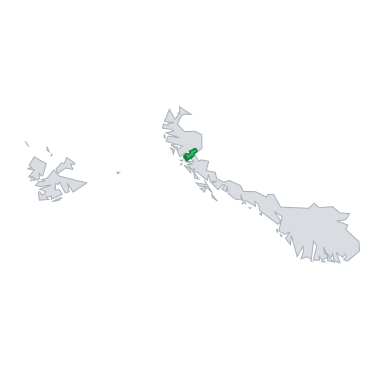 Nordreisa nor, Troms, Norway shown in context, rotated 264°
{"feature_id": "86288312B71509568732439", "entity_name": "Nordreisa nor", "entity_type": "district", "adm_level": 2, "iso_a3": "NOR", "parent_name": "Norway", "parent_adm1": "Troms", "projection": "orthographic", "projection_center": [21.218, 69.528], "detail": "fine", "context": "in_parent", "style": "filled", "palette": "green", "viewbox_px": 384, "rotation_deg": 264, "n_neighbors": 0, "source": "geoboundaries", "source_scale": "gbopen_adm2", "svg_char_len": 6230}
<svg xmlns="http://www.w3.org/2000/svg" viewBox="0 0 384 384"><g transform="rotate(264 192 192)"><path d="M229.7,198.1L221.8,201.9L223.0,204.5L220.8,211.8L211.7,208.5L209.1,217.2L202.7,217.9L198.5,224.6L199.6,230.3L193.2,241.0L187.3,243.0L185.6,255.3L179.2,265.4L181.7,267.4L181.0,272.9L167.7,278.6L163.6,306.2L168.0,312.4L163.1,316.9L162.7,330.3L155.7,336.9L154.0,346.5L148.4,341.8L148.0,333.0L143.0,343.4L138.6,341.1L125.3,352.8L116.0,352.6L107.1,339.7L108.8,335.8L111.9,338.8L114.3,337.4L111.1,335.1L116.5,329.4L106.0,331.8L108.7,326.2L115.9,325.4L112.6,323.8L116.8,319.3L123.8,316.8L117.3,317.7L107.5,325.9L109.6,319.6L113.2,320.0L110.4,314.4L114.9,311.8L110.9,311.6L111.6,305.6L125.6,310.5L130.4,307.7L112.8,303.7L115.5,299.8L114.2,293.4L121.2,296.7L126.4,296.7L116.7,289.8L138.4,286.3L129.3,284.4L136.0,280.2L142.2,285.4L140.1,280.2L144.1,274.3L158.1,279.1L163.9,271.9L153.5,277.5L150.9,274.1L166.3,257.6L172.9,256.7L176.0,253.5L171.0,253.7L177.9,244.5L176.7,242.1L184.5,240.2L178.9,240.5L180.3,234.5L186.4,228.0L194.1,227.6L188.6,226.0L192.0,221.8L195.3,225.5L196.1,223.0L191.4,218.2L198.8,212.6L200.1,217.9L200.0,211.3L207.5,210.2L201.9,208.3L211.1,199.5L212.2,194.8L215.2,197.3L214.0,194.6L219.8,190.1L219.4,195.8L223.1,188.0L221.8,197.1L225.2,194.4L224.6,188.5L231.6,189.7L228.4,183.8L235.1,181.5L238.7,187.3L245.0,171.6L250.2,174.2L247.2,185.0L253.6,172.4L254.6,179.9L256.5,178.2L258.6,169.3L262.7,170.6L260.8,175.3L262.6,175.2L262.9,181.5L265.0,172.0L276.6,178.2L266.1,182.7L271.5,188.0L278.0,188.5L269.2,199.3L270.2,192.3L268.8,189.5L261.0,184.5L252.9,190.9L252.0,201.5L248.1,207.7L234.2,206.4L229.7,198.1ZM214.8,37.0L218.7,40.9L217.9,47.0L220.1,43.9L220.6,49.0L228.2,56.8L221.5,62.1L212.0,88.3L204.3,73.7L214.2,68.8L205.1,69.9L204.3,65.9L215.5,61.2L213.5,59.8L214.6,57.5L208.6,56.1L207.9,60.6L203.1,62.7L199.5,51.5L202.5,51.9L202.1,46.7L199.6,48.8L199.8,39.4L207.9,39.1L208.3,40.6L204.3,42.9L207.6,46.8L210.7,40.8L213.7,52.8L213.3,41.9L214.8,37.0ZM224.0,31.2L230.5,37.5L232.1,31.2L232.9,31.9L232.5,35.4L235.7,32.8L243.4,38.8L235.4,50.0L224.7,45.7L223.5,44.2L226.5,41.9L221.1,41.6L219.9,39.1L221.6,37.6L219.2,35.9L222.9,36.4L222.6,33.3L224.0,34.8L224.0,31.2ZM228.9,59.0L234.6,65.5L233.6,67.8L239.4,71.1L232.9,78.5L231.7,77.9L232.4,74.4L226.8,75.8L229.1,68.9L224.7,60.7L228.9,59.0ZM197.8,207.5L202.3,205.5L189.0,212.2L196.0,206.5L197.0,200.1L200.7,197.0L197.8,207.5ZM205.4,196.0L211.1,195.9L204.1,200.3L205.4,196.0ZM211.2,192.8L219.5,186.9L215.0,193.3L211.2,192.8ZM197.1,51.8L199.6,59.2L200.0,62.3L197.6,58.4L197.1,51.8ZM194.6,200.6L195.0,206.4L190.5,204.5L194.6,200.6ZM238.6,174.8L235.7,179.0L231.6,177.4L236.3,176.5L238.6,174.8ZM239.3,177.8L238.1,182.6L236.3,181.4L239.3,177.8ZM183.7,212.0L188.4,211.2L183.0,214.4L183.7,212.0ZM258.9,32.2L254.0,34.4L259.1,31.8L258.9,32.2ZM248.6,52.2L252.1,52.7L247.0,54.1L248.6,52.2ZM247.6,171.1L250.6,169.8L251.7,170.7L247.6,171.1ZM241.3,176.5L240.7,179.1L239.8,176.9L241.3,176.5ZM224.8,183.8L224.8,186.4L223.6,185.4L224.8,183.8ZM219.6,119.5L219.1,122.0L218.0,119.9L219.6,119.5ZM244.7,56.7L243.0,56.5L242.8,55.5L244.7,56.7ZM163.4,257.1L164.1,259.3L161.4,258.4L163.4,257.1ZM219.5,183.2L221.1,184.2L221.9,185.7L219.5,183.2ZM220.4,32.8L220.9,34.5L220.0,33.8L220.4,32.8ZM145.8,273.1L142.5,272.7L146.1,272.2L145.8,273.1ZM140.5,275.5L138.9,277.0L138.5,276.0L140.5,275.5ZM182.2,214.8L180.4,216.6L182.5,213.5L182.2,214.8ZM109.5,315.0L108.5,317.6L109.1,314.0L109.5,315.0ZM175.4,242.4L174.9,240.6L175.9,240.9L175.4,242.4ZM271.9,185.5L271.8,187.6L271.7,187.3L271.9,185.5ZM176.0,244.1L174.2,244.2L176.4,243.8L176.0,244.1ZM170.3,247.2L170.3,248.8L169.5,248.2L170.3,247.2ZM111.6,303.1L110.3,304.6L110.9,303.3L111.6,303.1Z" fill="#d9dde1" stroke="#a8b0b8" stroke-width="1"/><path d="M233.3,195.0L233.0,194.6L232.9,193.9L232.5,193.8L232.1,193.9L231.3,194.3L230.8,194.0L230.5,194.1L229.9,193.6L229.8,192.9L229.7,192.5L230.1,192.1L230.1,191.8L230.1,191.7L230.4,191.3L230.4,191.2L230.3,190.9L230.3,190.5L230.5,190.5L230.5,190.3L230.5,190.2L230.4,189.9L230.3,190.0L230.1,189.9L229.9,189.7L229.7,189.7L229.6,189.4L229.5,189.2L229.6,188.9L229.4,188.8L229.2,188.5L229.1,188.4L229.0,188.2L228.9,188.2L228.9,187.9L227.9,187.6L227.7,187.6L227.7,187.8L227.6,188.0L227.8,188.4L227.9,188.5L228.2,188.5L228.3,188.6L228.2,188.7L228.2,188.8L228.0,188.7L227.8,188.8L227.7,188.7L227.5,188.8L227.6,189.0L227.7,189.3L227.7,189.5L227.5,189.8L227.4,189.9L227.4,190.0L227.2,190.2L227.3,190.1L227.2,190.0L227.3,190.0L227.3,189.9L227.2,189.9L227.3,189.9L227.2,189.9L227.3,189.8L227.4,189.7L227.5,189.4L227.6,189.2L227.4,189.0L227.2,189.1L226.9,189.2L226.7,189.1L226.8,189.2L226.7,189.3L226.8,189.4L226.9,189.6L226.8,189.8L226.7,189.8L226.5,190.0L226.8,190.3L226.7,190.3L226.6,190.5L226.4,190.5L226.4,190.4L226.2,190.3L226.3,190.3L226.2,190.3L226.2,190.2L226.1,189.9L226.1,189.7L226.3,189.7L226.2,189.6L226.3,189.5L226.2,189.4L225.9,189.5L225.8,189.4L226.0,189.3L226.1,189.1L226.2,188.9L226.3,188.8L226.3,188.7L226.5,188.5L226.5,188.4L226.5,188.5L226.6,188.4L226.7,188.2L226.8,188.2L227.0,188.0L227.0,187.9L226.9,187.8L226.7,187.9L226.7,188.0L226.4,188.2L226.4,188.3L226.2,188.3L225.9,188.5L225.7,188.8L225.4,189.0L225.3,189.3L225.4,189.5L225.5,189.6L225.4,189.7L225.4,189.8L225.5,189.8L225.4,189.8L225.4,190.0L225.2,190.2L225.1,190.3L224.9,190.4L224.7,190.4L224.4,190.6L224.2,190.7L224.1,190.8L224.0,190.7L223.9,190.8L224.0,190.8L224.6,191.2L224.6,191.3L224.6,191.5L224.7,191.8L224.8,192.0L225.0,192.2L225.3,192.6L225.7,192.7L225.7,193.0L225.8,193.1L226.0,193.3L225.8,193.4L225.8,193.7L226.0,193.8L226.3,194.1L226.4,194.4L226.4,194.5L226.2,194.7L226.9,194.7L227.3,194.5L227.5,195.1L226.7,195.9L227.2,196.1L227.4,196.6L228.0,197.4L228.0,197.6L229.9,198.1L230.4,199.0L231.1,200.1L231.8,201.1L233.0,201.0L233.6,201.0L233.8,200.8L234.1,200.6L234.4,200.5L234.6,200.3L234.5,200.0L234.7,199.7L234.7,199.1L234.6,198.8L234.7,198.7L234.6,198.3L234.5,198.2L234.4,198.2L234.3,197.9L234.1,197.6L234.0,197.3L233.8,196.7L233.6,196.7L233.5,196.2L233.3,195.8L233.4,195.4L233.2,195.1L233.3,195.0ZM225.1,189.9L224.7,190.0L224.6,189.9L224.6,189.7L224.5,189.4L224.2,189.3L224.1,189.5L224.1,189.8L224.1,190.0L224.2,190.4L224.3,190.4L224.5,190.4L224.7,190.2L225.0,190.0L225.1,189.9Z" fill="#22c55e" stroke="#15803d" stroke-width="1.5"/></g></svg>